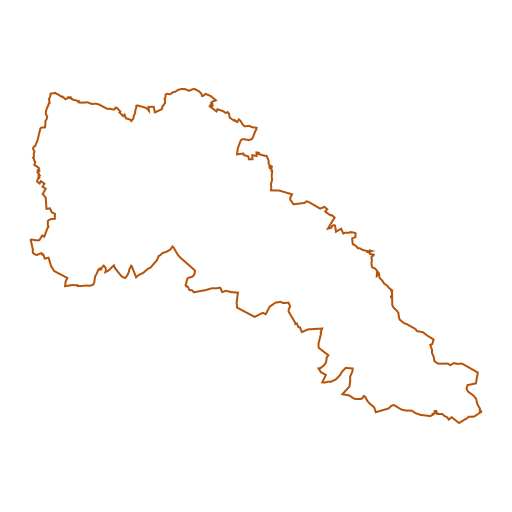 the district of Sampués, Sucre, Colombia
{"feature_id": "7082276B86835655718123", "entity_name": "Sampués", "entity_type": "district", "adm_level": 2, "iso_a3": "COL", "parent_name": "Colombia", "parent_adm1": "Sucre", "projection": "orthographic", "projection_center": [-75.366, 9.156], "detail": "fine", "context": "isolated", "style": "outline", "palette": "amber", "viewbox_px": 512, "rotation_deg": 0, "n_neighbors": 0, "source": "geoboundaries", "source_scale": "gbopen_adm2", "svg_char_len": 5977}
<svg xmlns="http://www.w3.org/2000/svg" viewBox="0 0 512 512"><path d="M481.3,411.8L480.8,410.9L479.8,410.9L479.9,408.6L477.4,404.3L476.1,398.8L473.5,395.6L467.9,391.5L466.5,388.5L467.5,385.1L475.9,383.4L477.8,372.5L462.0,363.6L457.5,363.9L453.9,363.1L450.2,365.2L447.9,363.6L438.0,363.7L434.3,361.0L433.8,357.1L432.0,352.9L432.0,349.8L430.3,344.9L432.2,344.1L433.6,339.5L427.0,335.4L423.0,332.3L416.8,331.0L415.6,329.1L407.1,324.3L403.6,322.9L399.8,319.7L399.1,318.2L398.3,312.7L396.6,310.5L393.6,307.7L392.3,305.3L392.1,297.7L391.2,297.6L390.9,296.7L391.5,295.8L392.1,295.8L392.0,291.6L391.4,291.5L391.3,291.0L391.8,290.9L391.6,290.3L391.9,290.1L389.3,288.3L387.4,285.9L384.0,283.4L382.1,280.4L379.6,278.0L379.0,273.5L377.7,271.8L378.3,274.6L376.8,276.0L377.1,270.9L375.0,268.5L372.6,267.6L371.8,266.4L371.4,263.3L371.9,260.4L371.4,257.3L372.1,256.1L373.6,255.4L373.7,254.6L370.1,254.0L369.9,252.8L367.1,251.9L367.2,251.3L369.1,251.6L371.7,251.0L370.1,250.5L370.1,251.2L368.0,251.2L362.7,250.0L360.0,248.4L357.8,248.1L356.7,246.6L353.8,244.5L352.8,244.3L352.1,238.5L355.5,237.0L355.5,233.2L352.7,232.3L351.3,232.5L351.0,232.0L348.0,232.9L345.6,232.6L343.3,233.5L341.1,228.7L336.0,231.7L335.1,225.7L334.0,225.1L332.4,225.8L331.2,227.8L327.9,228.6L334.6,217.5L331.8,215.1L330.5,215.4L325.2,211.6L327.2,209.3L324.5,206.9L320.1,208.6L308.7,202.0L306.6,201.3L304.7,202.9L293.5,204.3L290.2,199.6L290.2,197.8L292.0,194.3L279.0,190.5L271.0,190.4L271.3,187.2L270.9,184.4L272.1,179.8L271.7,175.6L272.2,171.5L272.1,170.9L271.5,170.7L271.9,170.1L271.2,169.0L271.3,168.3L270.2,168.3L270.2,167.7L269.5,167.6L269.5,166.4L271.4,167.1L271.5,167.5L271.9,166.6L269.6,165.2L268.7,163.8L268.5,160.4L266.5,155.8L265.1,155.9L258.4,154.0L258.8,152.8L256.5,152.4L256.6,156.0L252.3,155.2L252.5,159.2L249.0,159.3L248.4,156.5L243.7,154.9L243.3,153.5L237.0,154.4L237.8,148.4L240.7,140.5L242.2,139.3L244.1,139.2L248.8,140.1L251.8,139.1L253.0,137.2L255.2,131.3L256.3,129.5L256.6,127.8L251.5,127.1L249.6,125.9L244.6,126.3L242.6,124.5L240.7,121.1L238.9,119.4L237.1,122.1L234.6,120.1L234.2,120.7L229.7,117.7L229.0,113.6L227.7,112.1L227.1,112.8L225.1,112.7L223.5,111.3L217.5,109.2L216.5,111.4L209.7,106.3L210.9,104.8L212.3,105.9L212.6,105.5L212.0,105.0L212.3,104.4L211.5,104.0L212.0,103.5L211.2,102.8L212.3,101.7L215.8,100.3L210.8,96.1L205.4,93.8L204.2,95.3L202.1,96.1L201.3,93.6L199.1,91.4L194.7,89.0L192.4,89.3L189.0,90.8L185.0,89.1L181.4,89.0L178.1,89.9L175.2,91.8L173.3,92.1L170.1,94.3L166.8,93.8L165.6,94.6L165.4,97.6L164.6,98.7L165.1,100.9L165.0,103.0L162.2,107.0L162.0,109.0L155.2,112.4L154.9,112.4L153.7,106.8L148.5,106.9L148.9,110.8L147.3,108.8L145.2,107.6L137.3,105.4L136.3,105.8L136.4,107.3L135.4,110.1L135.1,113.0L133.7,116.1L133.3,118.8L131.2,121.0L130.3,119.6L125.9,118.3L124.5,114.6L123.1,116.1L119.5,112.4L120.3,111.5L116.6,107.6L115.4,107.6L114.8,109.2L113.3,109.6L110.8,108.9L107.1,108.8L98.6,104.3L95.7,103.7L91.7,104.0L87.6,102.3L81.7,102.7L78.6,102.3L78.9,101.2L72.9,99.6L71.0,98.5L71.3,98.2L70.6,97.2L69.2,98.0L68.5,97.1L66.5,98.9L65.4,99.2L62.4,96.5L61.9,96.9L57.8,94.3L56.4,93.9L55.4,92.9L50.6,93.7L50.0,97.0L48.9,99.2L49.5,101.5L49.1,102.9L49.4,103.3L48.4,104.3L48.3,105.5L46.9,107.9L45.8,112.1L45.9,114.4L47.2,116.2L46.7,118.9L45.3,121.3L45.4,124.0L45.0,127.4L41.4,127.6L40.4,128.4L37.5,140.4L35.2,146.0L33.6,146.9L33.0,148.8L34.5,151.8L33.7,153.7L33.9,156.7L33.0,157.8L34.0,158.8L34.1,160.2L35.2,162.1L34.3,164.9L38.3,167.4L39.1,168.4L37.9,170.0L40.1,170.8L38.3,171.0L37.4,172.1L39.0,173.6L38.4,174.8L39.8,175.7L38.4,177.1L39.2,177.7L37.5,179.6L37.1,181.6L39.6,183.5L40.8,181.2L44.4,183.6L42.6,186.8L45.7,188.7L42.7,194.0L45.7,197.6L46.5,208.9L49.9,208.3L51.7,212.2L54.9,213.8L54.8,218.8L51.0,219.1L49.3,219.8L47.9,220.9L47.8,224.8L48.5,226.9L47.7,227.6L44.2,236.7L42.2,235.5L39.4,240.1L38.8,240.3L36.6,240.4L31.1,239.5L30.7,239.9L32.8,249.3L32.8,252.6L33.2,253.2L35.3,254.6L36.8,255.0L41.4,253.1L42.4,254.8L43.3,254.5L44.8,258.6L48.6,257.7L50.9,265.7L54.1,271.0L67.4,278.0L65.6,281.5L65.1,286.2L72.6,285.0L77.7,285.4L77.7,286.0L80.8,286.1L85.8,285.5L89.4,285.8L93.0,284.8L94.2,282.7L95.1,276.4L96.7,273.8L98.2,269.9L99.5,268.7L100.2,269.8L101.3,269.2L100.9,268.5L103.6,265.8L103.1,264.9L105.6,267.8L105.9,270.5L105.4,272.1L108.3,270.6L113.9,265.4L115.1,268.3L121.1,275.8L123.1,277.3L125.1,278.0L127.4,275.3L129.1,271.1L129.3,269.5L131.2,265.7L131.7,266.1L136.1,277.3L138.1,275.4L143.3,272.8L147.8,268.9L150.5,267.6L157.0,260.1L158.7,256.0L159.9,255.4L162.6,253.0L166.2,251.9L169.5,250.1L170.4,249.5L172.5,246.5L173.8,247.9L177.6,254.5L180.0,257.3L194.9,270.4L194.6,273.9L193.4,275.8L191.9,276.9L189.0,277.6L187.4,278.6L186.0,283.8L185.6,285.2L185.9,285.9L186.5,286.6L187.5,286.4L187.9,286.8L189.4,290.0L191.7,290.2L192.6,290.7L193.7,292.3L206.1,290.0L211.6,288.3L216.3,288.3L220.2,287.7L222.2,292.1L225.8,290.8L231.8,292.2L237.9,292.6L236.6,302.8L237.1,307.6L254.7,316.9L261.6,313.3L263.1,313.0L265.8,314.2L269.6,306.7L275.6,302.6L280.8,301.9L282.9,303.0L288.6,302.7L290.1,306.5L288.7,309.3L288.7,311.8L295.2,322.7L295.4,324.1L296.8,323.5L298.4,327.1L299.8,327.2L301.9,332.1L308.0,329.4L322.1,328.5L320.6,332.6L321.1,333.3L318.5,343.5L318.6,347.4L318.8,347.9L328.4,355.3L326.8,357.3L326.1,362.2L324.3,365.0L320.5,368.1L318.5,368.4L320.9,372.2L325.9,374.9L322.3,382.4L325.2,382.5L328.3,381.6L330.3,381.9L335.6,379.6L340.1,375.1L342.0,371.7L345.7,367.9L352.7,368.5L352.5,371.1L350.0,377.1L350.3,379.8L349.5,386.5L342.4,394.2L349.2,395.4L353.6,398.4L356.3,399.1L361.3,398.9L363.1,397.4L363.7,396.0L364.4,396.3L365.4,397.1L367.4,401.0L369.5,403.4L374.2,407.3L375.8,412.2L388.1,408.6L389.7,407.6L391.1,405.9L393.8,405.0L401.5,409.6L406.2,410.6L411.5,410.6L415.9,413.3L420.6,414.9L430.3,416.1L432.5,415.0L432.6,413.7L433.6,413.7L433.6,414.0L434.8,413.4L434.7,411.0L436.2,411.0L436.8,413.1L437.5,413.3L437.4,414.0L442.5,414.1L444.2,415.9L447.2,417.3L448.8,419.6L451.6,417.2L459.0,423.0L467.2,418.1L468.7,416.8L474.1,416.6L481.3,411.8Z" fill="none" stroke="#b45309" stroke-width="2"/></svg>